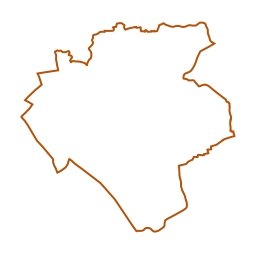 the district of Tha Chang, Sing Buri, Thailand, rotated 266°
{"feature_id": "78962969B22910342197122", "entity_name": "Tha Chang", "entity_type": "district", "adm_level": 2, "iso_a3": "THA", "parent_name": "Thailand", "parent_adm1": "Sing Buri", "projection": "albers", "projection_center": [100.401, 14.78], "detail": "fine", "context": "isolated", "style": "outline", "palette": "amber", "viewbox_px": 256, "rotation_deg": 266, "n_neighbors": 0, "source": "geoboundaries", "source_scale": "gbopen_adm2", "svg_char_len": 5721}
<svg xmlns="http://www.w3.org/2000/svg" viewBox="0 0 256 256"><g transform="rotate(266 128 128)"><path d="M24.5,129.2L24.7,129.7L24.8,130.5L24.5,132.0L24.5,132.8L24.6,135.3L24.8,135.9L25.1,136.4L25.5,136.9L26.4,137.9L26.8,138.5L26.9,139.1L27.1,139.9L26.8,141.5L26.6,142.2L26.1,143.3L25.0,144.4L24.3,144.9L23.7,145.5L23.4,145.9L23.0,146.5L22.9,147.1L22.8,148.1L22.9,149.0L23.0,149.8L23.7,151.9L26.5,156.4L27.3,157.3L27.8,157.5L31.5,158.1L32.7,158.5L33.2,158.7L33.5,159.0L33.8,159.4L34.3,160.3L36.2,164.6L37.9,168.4L40.3,173.6L42.1,177.3L43.5,179.7L44.1,180.5L44.7,180.9L45.7,181.2L48.3,181.5L49.4,181.4L52.6,180.6L55.8,180.1L57.7,179.5L59.4,178.8L61.8,177.8L65.3,177.0L66.7,176.9L68.2,176.9L68.6,177.0L68.9,177.2L71.3,176.9L73.1,176.8L73.5,176.5L73.7,176.4L77.7,176.0L78.1,176.0L79.0,176.2L79.6,176.2L80.6,176.1L82.1,176.2L83.8,176.2L85.3,176.2L86.7,176.0L86.8,176.1L87.9,182.5L88.1,183.5L88.3,183.9L90.0,185.5L91.2,188.1L91.8,189.9L92.2,190.4L92.9,190.8L93.7,191.1L94.5,191.6L94.6,193.0L94.1,195.3L96.2,196.0L96.3,196.1L96.3,196.7L95.7,199.9L95.6,201.8L96.6,202.0L96.7,203.2L97.0,204.5L97.1,206.0L97.2,206.4L97.5,206.4L100.8,205.7L100.9,205.9L100.9,209.5L103.8,209.5L104.8,213.8L105.1,215.1L107.9,219.6L109.1,221.8L109.3,221.7L110.2,223.7L110.5,224.7L111.4,228.6L111.9,230.3L112.5,233.6L114.7,233.3L114.8,233.1L115.1,232.9L117.1,232.9L117.2,231.0L118.0,231.0L118.1,230.0L118.7,230.1L120.0,230.3L121.7,230.4L123.2,230.3L124.3,230.2L126.0,230.3L127.6,230.5L127.7,230.8L127.9,230.8L129.4,230.8L129.5,230.9L129.5,231.3L131.5,231.5L132.4,231.5L134.8,230.8L136.0,230.6L137.8,230.5L138.9,230.5L142.3,231.0L142.5,230.9L142.6,230.7L145.2,231.0L145.4,230.9L145.7,230.4L146.3,230.2L146.8,230.0L147.0,229.7L147.1,228.7L147.4,228.1L147.5,228.0L148.1,228.1L148.6,227.8L149.2,227.8L149.4,227.7L156.0,220.2L159.6,216.3L163.8,211.9L164.6,210.8L165.1,210.0L165.5,209.2L165.7,208.4L165.9,207.7L165.9,207.1L165.7,206.0L165.3,204.1L164.7,202.6L164.6,202.2L164.6,201.7L164.8,201.4L169.3,198.1L170.8,197.1L170.9,196.9L171.0,196.6L171.1,196.3L171.1,193.7L171.3,192.0L171.3,191.7L171.5,191.5L172.1,191.0L172.3,190.5L172.6,190.0L173.0,188.6L173.5,186.8L175.1,186.9L176.0,187.1L176.8,187.5L177.4,187.8L177.8,188.2L178.3,189.0L179.0,191.2L179.6,192.9L180.0,193.7L180.3,194.2L180.8,194.9L181.5,195.5L182.3,196.2L183.5,197.1L185.5,198.4L187.9,199.7L189.3,200.4L191.4,201.2L193.5,202.1L196.2,203.6L197.8,204.5L199.2,205.3L199.7,206.1L203.1,213.7L206.2,220.0L207.3,218.6L207.4,218.3L208.2,217.1L208.6,216.7L209.0,216.4L209.5,216.2L210.0,216.0L213.0,215.4L216.1,214.5L217.0,214.4L217.8,214.3L219.8,214.4L220.6,214.4L221.4,214.2L223.7,213.2L226.1,212.5L226.6,212.3L226.9,212.0L227.2,211.5L227.5,210.9L227.8,210.1L228.0,208.9L228.1,207.7L228.0,207.2L227.7,206.5L227.4,205.8L226.4,204.4L225.9,203.7L225.7,203.1L225.5,202.5L225.5,201.3L225.7,199.7L226.1,197.4L226.3,196.2L226.0,195.0L224.9,191.2L224.9,190.7L225.0,189.6L225.2,188.7L225.8,187.2L226.4,185.0L226.4,184.3L226.3,182.7L226.1,181.7L225.9,180.9L225.8,179.9L226.0,178.7L226.2,178.0L226.7,176.8L228.4,172.8L229.0,171.9L230.0,170.9L228.3,166.3L227.4,165.9L226.8,165.8L225.9,165.4L222.6,163.8L222.5,163.7L222.6,162.4L222.6,162.1L223.0,160.9L222.5,160.7L223.1,158.3L222.6,158.3L222.5,158.2L222.6,155.3L222.6,154.5L222.7,154.2L222.8,154.1L223.9,153.5L224.0,153.4L224.2,153.1L224.4,152.2L222.9,151.5L223.1,151.0L223.5,149.8L223.6,149.0L223.6,148.2L223.6,147.9L224.0,147.6L224.8,147.5L225.2,147.5L226.0,147.7L227.3,147.7L227.5,147.6L227.4,143.3L227.6,143.2L228.2,143.2L228.2,142.4L227.6,137.7L227.0,134.5L226.6,132.8L226.3,132.3L227.0,131.6L227.5,131.4L228.6,131.1L229.0,131.1L230.3,131.6L230.6,131.6L230.8,131.6L231.1,131.3L231.7,130.5L232.8,129.3L232.9,129.1L233.0,128.8L233.1,127.1L233.2,126.2L233.1,125.5L232.8,124.5L232.8,124.2L231.9,123.8L229.8,123.3L229.6,120.4L229.4,120.1L228.6,120.6L228.3,120.8L228.1,120.8L226.7,120.6L226.3,120.3L226.1,119.6L226.1,118.0L226.4,113.0L226.6,111.5L225.6,111.4L225.8,109.2L225.8,107.0L225.6,106.6L224.4,104.8L223.9,103.8L223.5,102.2L223.2,100.0L222.3,99.6L220.7,99.4L220.2,99.3L219.6,99.0L218.8,98.5L218.4,98.3L217.9,98.3L216.5,98.8L215.7,99.0L215.0,98.9L214.6,98.7L214.0,98.5L213.5,98.1L212.3,96.8L210.7,94.9L210.3,94.7L209.8,94.5L209.4,94.5L209.2,94.6L207.9,95.6L207.3,95.9L206.4,96.3L205.8,96.5L205.1,96.6L204.3,96.6L202.3,96.4L201.6,96.3L200.1,95.7L199.8,95.4L199.1,94.3L198.5,93.8L197.7,93.2L194.9,91.7L194.5,91.7L193.7,91.6L193.6,91.4L193.8,91.1L195.3,89.9L195.7,89.5L196.5,87.6L197.5,84.6L197.7,83.6L198.0,80.8L198.4,78.9L198.6,77.6L198.6,77.3L198.5,76.9L197.9,76.2L197.7,75.9L197.7,75.6L197.8,75.5L198.1,75.3L198.8,75.1L199.5,75.0L200.7,75.8L201.6,76.2L202.1,77.0L202.3,77.2L202.5,77.2L203.6,76.8L204.1,76.4L204.3,76.0L204.4,75.6L204.7,74.3L204.9,74.0L205.4,74.0L205.8,74.1L206.8,74.9L207.1,75.0L207.6,74.9L208.4,74.6L208.7,74.4L208.8,74.3L208.9,74.0L208.8,73.5L208.0,71.2L208.1,68.7L208.3,68.2L208.5,67.8L209.7,66.7L209.8,66.6L209.8,66.3L209.8,65.6L209.8,64.9L209.8,64.3L209.8,64.0L210.3,63.0L210.3,62.7L210.1,62.3L209.3,61.0L209.2,60.8L209.2,60.5L208.3,60.6L206.0,61.3L205.2,61.4L204.1,61.3L202.0,61.1L201.0,61.0L200.2,61.2L194.5,61.8L192.1,62.2L190.4,62.3L189.9,55.7L189.7,53.6L189.4,49.5L188.7,41.6L185.1,42.9L177.2,44.9L172.5,38.4L168.8,33.9L165.8,30.3L164.5,28.9L162.9,27.3L161.0,30.3L160.1,31.7L158.2,34.3L154.6,31.4L153.2,30.0L151.8,28.3L150.6,27.1L149.3,25.4L147.7,23.5L146.4,22.4L142.3,25.6L137.5,28.4L121.9,36.2L114.6,42.0L102.4,50.9L100.6,51.0L98.7,51.0L96.5,51.5L95.7,51.8L92.2,53.3L88.4,54.4L89.2,56.5L90.8,59.5L92.5,62.2L93.3,63.2L94.7,64.3L95.8,65.1L96.7,65.6L98.7,66.2L101.1,67.3L99.4,69.4L97.6,71.1L96.7,71.8L96.5,72.3L95.8,72.8L90.8,78.8L74.9,96.8L57.6,110.0L29.5,126.1L24.5,129.2Z" fill="none" stroke="#b45309" stroke-width="2"/></g></svg>